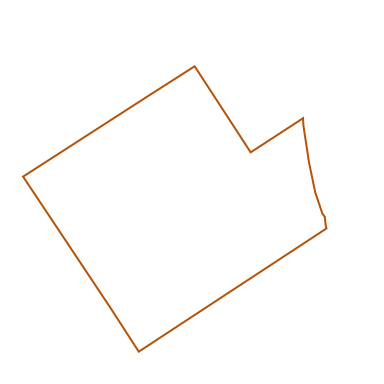 the district of Van Buren, Michigan, United States of America, rotated 147°
{"feature_id": "52423323B49576976104911", "entity_name": "Van Buren", "entity_type": "district", "adm_level": 2, "iso_a3": "USA", "parent_name": "United States of America", "parent_adm1": "Michigan", "projection": "albers", "projection_center": [-86.138, 42.245], "detail": "fine", "context": "isolated", "style": "outline", "palette": "amber", "viewbox_px": 384, "rotation_deg": 147, "n_neighbors": 0, "source": "geoboundaries", "source_scale": "gbopen_adm2", "svg_char_len": 333}
<svg xmlns="http://www.w3.org/2000/svg" viewBox="0 0 384 384"><g transform="rotate(147 192 192)"><path d="M323.6,87.1L99.1,88.2L97.8,91.8L94.2,98.7L94.4,103.0L88.8,124.7L77.8,153.0L62.5,186.8L58.7,193.4L121.2,193.3L121.3,296.0L172.4,296.4L325.3,296.9L323.5,140.2L323.6,87.1Z" fill="none" stroke="#b45309" stroke-width="2"/></g></svg>